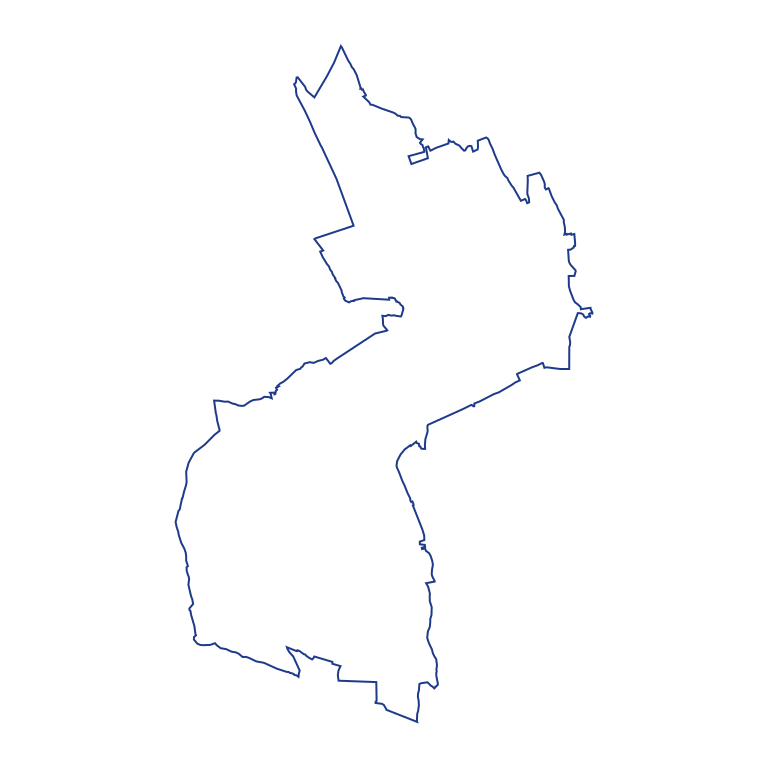 Ion Neculce, Iasi, Romania (Mercator projection)
{"feature_id": "2599482B15077063893597", "entity_name": "Ion Neculce", "entity_type": "district", "adm_level": 2, "iso_a3": "ROU", "parent_name": "Romania", "parent_adm1": "Iasi", "projection": "mercator", "projection_center": [27.043, 47.198], "detail": "fine", "context": "isolated", "style": "outline", "palette": "blue", "viewbox_px": 768, "rotation_deg": 0, "n_neighbors": 0, "source": "geoboundaries", "source_scale": "gbopen_adm2", "svg_char_len": 6083}
<svg xmlns="http://www.w3.org/2000/svg" viewBox="0 0 768 768"><path d="M362.9,89.4L361.9,89.7L361.3,88.4L360.4,88.7L360.5,87.6L360.1,86.1L356.7,75.1L353.7,69.2L351.8,67.1L350.5,64.1L348.0,60.2L342.0,47.6L340.9,46.1L334.0,62.8L327.0,76.1L314.4,97.4L307.5,91.5L306.1,89.7L305.1,86.8L297.7,77.3L296.6,77.5L295.9,82.4L295.2,83.3L294.1,84.2L296.1,88.6L296.0,91.1L296.6,95.3L304.7,110.5L309.7,121.1L314.8,133.2L320.9,145.9L321.8,147.3L336.5,178.9L353.6,225.7L315.6,238.3L314.4,239.1L323.2,250.5L320.2,251.6L322.8,257.3L327.2,264.4L328.9,266.3L330.1,269.5L332.0,272.0L332.6,274.2L335.3,278.2L335.0,278.5L336.3,281.2L337.9,282.8L341.7,290.8L341.6,291.6L343.3,296.3L344.7,297.6L343.8,298.6L345.3,300.7L349.2,302.4L351.0,301.2L353.6,300.9L353.4,300.6L355.1,300.0L363.5,298.2L389.2,299.7L389.1,297.7L391.9,297.6L391.9,297.9L394.3,298.2L394.8,298.5L395.3,299.8L396.8,301.2L396.5,301.6L399.4,302.7L400.5,304.5L402.8,306.5L403.2,307.5L402.9,308.1L403.4,308.8L401.6,315.2L400.9,316.5L395.9,315.8L394.5,315.3L391.4,315.6L388.2,314.9L385.9,316.1L382.4,315.8L382.9,319.1L383.1,324.7L383.7,326.0L387.3,330.3L386.7,330.7L375.1,333.5L337.8,358.0L333.8,360.8L331.7,363.1L330.3,363.8L325.9,358.0L323.1,359.7L317.9,361.0L313.7,362.9L309.8,362.2L304.5,363.5L302.6,366.5L301.1,367.6L300.1,368.9L296.2,370.0L287.2,378.7L283.5,381.7L280.3,383.4L277.6,385.8L278.7,386.4L276.0,387.7L277.1,389.8L275.9,390.7L275.3,394.0L274.5,394.3L274.3,392.6L270.1,392.8L270.6,393.5L271.7,398.3L268.7,397.1L264.2,396.8L262.1,398.3L259.7,399.3L253.4,400.0L249.9,401.6L244.0,405.7L241.7,405.9L238.0,405.4L235.3,404.1L232.6,403.6L228.2,401.6L224.5,401.7L218.9,400.7L214.1,400.6L215.9,413.6L216.3,414.6L217.3,421.3L219.6,430.0L219.5,430.9L214.7,434.6L204.7,444.7L194.0,452.8L188.7,462.6L186.2,471.6L186.6,481.8L186.2,484.7L184.1,491.5L182.8,497.0L182.3,498.5L182.0,498.5L179.7,509.5L178.5,510.9L175.6,521.9L176.5,526.5L178.4,532.3L178.6,534.4L181.2,542.7L184.4,548.8L185.8,553.1L186.2,556.7L186.1,560.4L187.9,566.1L186.6,567.2L186.7,570.9L187.7,574.2L188.7,576.7L189.1,579.1L188.4,584.8L191.1,596.3L192.3,599.4L193.1,604.0L189.4,608.4L189.4,609.9L190.5,611.1L191.1,614.9L194.4,626.2L195.4,633.9L196.0,635.3L194.0,637.0L193.9,639.6L197.3,643.6L200.1,644.9L202.9,645.2L210.2,644.9L215.0,643.2L216.8,645.3L220.7,648.2L226.1,649.1L231.7,651.7L235.9,652.4L238.7,653.7L242.6,657.0L246.1,656.9L249.2,658.0L256.3,661.4L263.9,662.8L276.9,668.7L286.7,671.9L288.8,672.0L290.0,673.0L291.8,673.2L293.9,674.2L294.5,675.0L296.4,675.3L298.5,676.8L298.9,673.3L299.7,670.6L293.2,656.4L289.5,652.3L287.5,649.1L286.9,647.2L296.8,651.2L297.4,650.9L297.5,650.3L299.5,651.0L303.8,654.2L305.4,654.6L305.9,655.5L308.9,657.7L312.1,659.4L313.4,658.2L314.3,656.5L332.4,661.9L332.4,663.8L340.5,666.1L338.5,670.4L337.9,674.5L337.9,675.8L338.6,680.7L376.3,682.1L376.6,700.9L375.6,701.8L375.6,703.0L381.9,703.8L383.8,704.9L386.2,709.0L386.4,709.8L417.1,721.9L416.9,721.3L417.2,714.0L418.1,711.0L418.9,705.3L418.6,700.4L417.9,697.0L418.0,693.9L418.9,690.3L419.4,684.0L421.2,683.2L427.5,682.3L430.8,685.6L432.5,686.6L434.3,688.4L435.3,687.3L435.4,686.6L436.0,686.6L437.8,684.8L437.9,684.1L436.3,675.6L436.3,672.8L436.7,671.8L436.4,669.1L436.8,667.2L436.9,664.4L436.2,659.2L434.3,656.2L432.8,653.1L432.0,649.6L428.8,642.9L427.2,637.7L427.9,631.4L429.8,627.0L430.3,621.9L430.2,619.3L431.5,614.9L431.7,607.1L429.8,601.2L429.7,596.0L429.9,593.6L428.1,586.6L426.1,583.2L434.6,581.6L434.7,581.2L432.3,576.4L431.7,574.3L432.0,569.7L432.9,564.8L432.3,561.1L430.7,556.1L429.1,553.2L426.0,550.9L425.0,548.4L422.1,549.1L421.8,547.8L425.1,546.8L424.8,544.9L419.9,544.3L419.8,541.6L424.3,540.1L424.2,535.5L422.4,529.6L412.9,505.5L413.6,505.2L413.3,503.5L412.4,501.5L411.3,502.1L410.2,500.1L410.3,498.9L409.8,497.5L407.6,493.2L404.5,485.4L402.3,480.8L399.0,472.1L397.0,467.6L396.5,466.0L397.1,461.2L400.5,454.6L404.6,449.5L410.3,445.3L410.8,446.0L416.2,441.7L416.7,443.0L418.9,443.8L419.3,446.3L420.3,446.5L421.1,448.3L421.8,448.8L425.1,448.9L424.9,445.1L425.4,439.1L427.6,431.6L427.4,426.0L428.0,424.8L463.5,408.8L471.1,405.0L471.6,404.9L473.4,406.3L474.2,406.2L474.4,405.7L474.3,403.5L479.5,401.5L493.9,394.1L498.7,392.4L511.6,385.0L515.2,382.5L519.8,380.4L517.0,374.1L517.6,373.7L532.5,367.1L537.6,365.3L542.2,363.0L542.9,363.1L544.4,367.8L545.3,367.4L547.5,367.4L560.1,369.0L569.2,369.0L569.3,346.9L570.0,345.0L570.2,342.2L569.3,336.9L577.8,313.1L580.8,313.3L582.5,314.0L583.5,315.0L584.0,316.3L585.6,317.7L586.2,317.8L587.5,316.6L590.1,316.7L590.2,316.0L589.2,314.7L589.1,313.9L590.2,313.2L592.3,313.6L592.4,312.6L590.7,309.2L590.5,307.8L580.9,309.2L580.7,307.1L577.6,304.2L575.1,302.4L573.6,299.9L570.2,291.1L568.9,286.3L568.7,276.0L574.4,275.9L575.7,271.2L575.5,270.3L570.5,264.7L569.2,262.3L568.8,260.6L568.1,249.8L570.6,249.6L573.7,247.5L573.9,246.2L575.1,245.9L575.1,242.7L574.3,234.0L571.4,234.8L571.0,233.5L566.9,234.6L566.7,233.9L564.4,234.6L565.1,231.9L564.8,226.8L563.8,222.5L563.8,219.8L557.9,208.7L556.7,205.2L554.8,202.5L551.7,196.3L548.8,188.4L548.3,188.1L546.0,189.5L544.9,187.9L544.7,186.9L544.8,184.1L544.1,181.7L541.2,175.1L539.4,172.7L527.6,175.9L527.8,180.7L527.3,192.8L527.4,194.3L528.8,198.0L529.2,202.3L527.2,203.2L526.0,200.2L525.1,199.0L520.9,200.8L513.4,187.6L511.6,185.5L508.6,180.8L507.4,178.1L504.6,175.6L503.4,173.6L501.0,169.0L494.7,154.6L492.7,149.1L489.9,143.3L488.8,140.1L487.8,138.6L486.1,137.5L477.8,140.7L478.0,147.3L477.6,149.5L473.1,151.6L471.4,146.2L470.2,145.8L468.0,146.3L466.1,148.6L465.4,150.3L464.1,150.7L461.2,147.9L459.4,145.6L455.4,143.7L453.4,141.6L452.0,142.0L450.5,141.5L448.8,140.0L448.4,143.5L436.2,147.8L430.4,150.7L428.2,146.4L425.9,147.3L427.9,158.2L411.4,164.0L408.6,156.2L424.2,151.9L424.3,150.9L423.9,149.8L423.8,148.1L423.0,147.2L422.6,145.2L420.7,143.9L420.0,142.8L422.6,139.4L420.1,139.2L416.7,137.1L415.5,133.2L415.6,129.6L415.4,128.5L412.7,123.4L411.1,119.5L409.6,117.9L408.5,117.5L401.5,117.1L400.7,116.8L400.0,115.8L397.7,115.7L395.7,113.8L393.1,112.5L381.7,108.6L372.5,104.8L370.4,104.6L369.3,102.3L363.3,96.6L365.9,95.5L365.9,95.0L363.9,91.9L362.9,89.4Z" fill="none" stroke="#1e3a8a" stroke-width="2"/></svg>